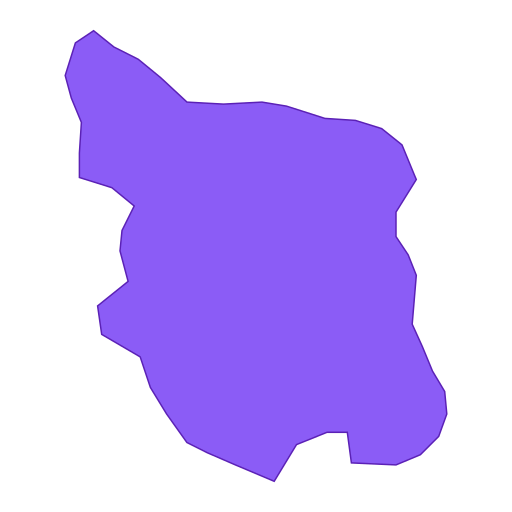 outline of Kioneli, Cyprus
{"feature_id": "46923920B14813142167534", "entity_name": "Kioneli", "entity_type": "district", "adm_level": 2, "iso_a3": "CYP", "parent_name": "Cyprus", "parent_adm1": "", "projection": "albers", "projection_center": [33.295, 35.224], "detail": "fine", "context": "isolated", "style": "filled", "palette": "violet", "viewbox_px": 512, "rotation_deg": 0, "n_neighbors": 0, "source": "geoboundaries", "source_scale": "gbopen_adm2", "svg_char_len": 741}
<svg xmlns="http://www.w3.org/2000/svg" viewBox="0 0 512 512"><path d="M101.7,334.4L140.2,356.9L150.4,387.5L166.6,414.0L186.9,442.5L207.2,452.7L235.6,465.0L274.2,481.3L296.5,444.6L327.0,432.3L347.3,432.3L351.4,462.9L396.0,464.9L407.3,460.2L420.4,454.7L438.7,436.4L446.8,414.0L444.7,391.5L432.5,371.1L422.4,346.7L412.2,324.2L416.3,275.3L408.2,254.9L396.0,236.6L396.0,212.1L416.3,179.5L414.3,174.8L402.0,144.9L381.7,128.6L355.4,120.4L324.9,118.4L286.4,106.1L262.0,102.1L223.5,104.1L187.0,102.1L160.6,77.6L138.3,59.3L113.9,47.0L93.6,30.7L75.4,42.9L65.2,75.5L71.3,98.0L81.4,122.4L79.4,153.0L79.4,177.5L111.9,187.7L134.2,206.0L122.0,230.5L120.0,250.9L128.1,281.4L97.6,305.9L101.7,334.4Z" fill="#8b5cf6" stroke="#5b21b6" stroke-width="1.5"/></svg>